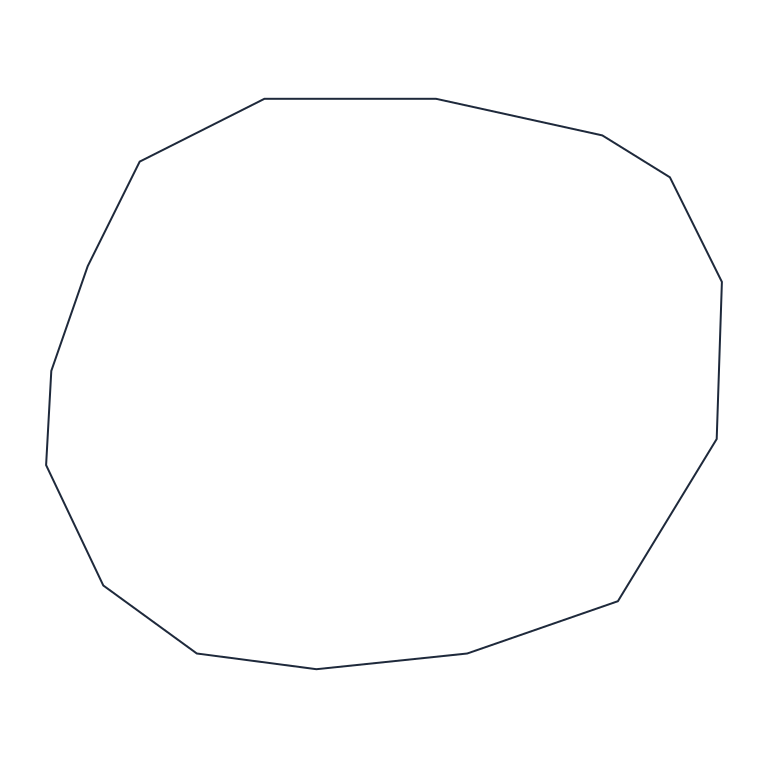 Tshimbulu, Kasaï-Occidental, Democratic Republic of the Congo
{"feature_id": "63176286B74390580243640", "entity_name": "Tshimbulu", "entity_type": "district", "adm_level": 2, "iso_a3": "COD", "parent_name": "Democratic Republic of the Congo", "parent_adm1": "Kasaï-Occidental", "projection": "mercator", "projection_center": [22.857, -6.479], "detail": "fine", "context": "isolated", "style": "outline", "palette": "slate", "viewbox_px": 768, "rotation_deg": 0, "n_neighbors": 0, "source": "geoboundaries", "source_scale": "gbopen_adm2", "svg_char_len": 314}
<svg xmlns="http://www.w3.org/2000/svg" viewBox="0 0 768 768"><path d="M196.8,653.5L316.4,669.2L467.2,653.5L617.9,601.2L716.7,439.0L721.9,281.9L669.9,177.3L602.3,135.4L436.0,98.8L264.4,98.8L139.7,161.6L87.7,266.2L51.3,370.9L46.1,465.1L103.3,585.5L196.8,653.5Z" fill="none" stroke="#1e293b" stroke-width="2"/></svg>